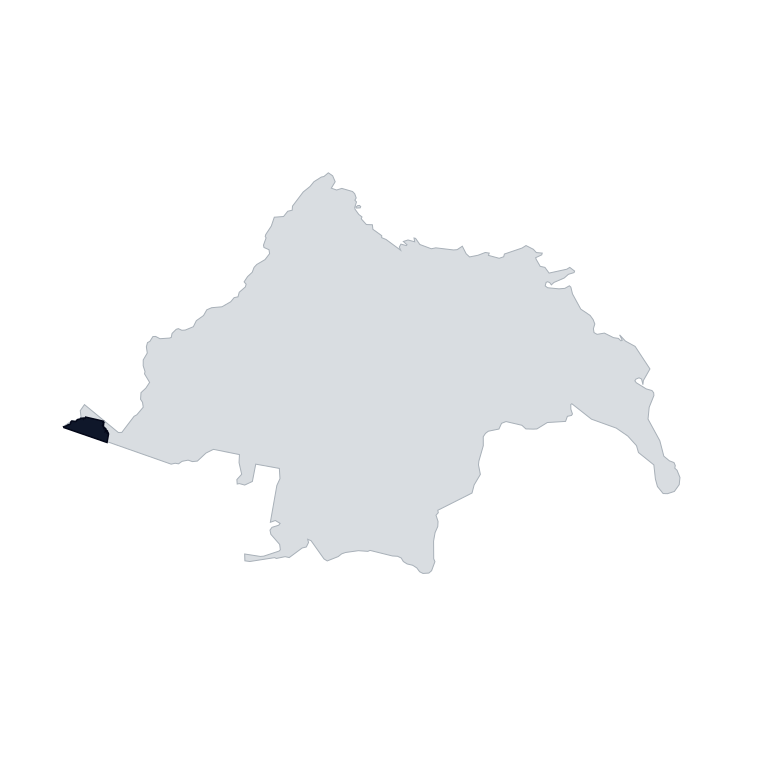 location of Leticia, Amazonas, Colombia, rotated 100°
{"feature_id": "7082276B43275073099169", "entity_name": "Leticia", "entity_type": "district", "adm_level": 2, "iso_a3": "COL", "parent_name": "Colombia", "parent_adm1": "Amazonas", "projection": "robinson", "projection_center": [-70.12, -3.618], "detail": "fine", "context": "in_parent", "style": "filled", "palette": "ink", "viewbox_px": 768, "rotation_deg": 100, "n_neighbors": 0, "source": "geoboundaries", "source_scale": "gbopen_adm2", "svg_char_len": 6713}
<svg xmlns="http://www.w3.org/2000/svg" viewBox="0 0 768 768"><g transform="rotate(100 384 384)"><path d="M437.5,96.9L430.5,100.2L416.8,104.2L407.3,121.5L400.9,124.6L392.9,134.9L387.1,147.6L382.6,173.6L370.8,195.6L371.8,196.5L376.4,195.6L380.8,193.2L382.4,193.9L384.0,197.8L389.3,198.7L393.6,216.5L401.7,225.6L402.5,229.1L403.6,236.5L400.7,241.0L399.8,257.3L402.3,261.4L408.4,263.0L412.4,273.1L415.0,275.5L418.7,277.1L427.5,275.5L443.6,277.2L447.3,276.9L456.3,273.4L467.7,277.7L476.1,278.4L499.0,309.1L501.3,308.2L504.2,310.0L510.0,306.9L515.0,306.3L521.5,307.9L530.1,307.9L547.5,304.7L550.1,303.0L559.6,304.7L562.4,307.0L563.8,312.7L562.7,316.3L559.4,319.8L557.5,324.4L557.2,330.0L555.5,334.1L552.4,336.8L551.3,340.7L551.9,345.8L550.3,368.9L551.6,370.8L552.6,380.3L556.6,392.6L558.6,396.2L561.9,399.1L568.1,409.2L566.7,412.7L551.0,428.6L550.2,432.2L553.2,430.8L558.0,432.2L559.7,436.1L571.4,447.2L571.2,451.4L574.5,459.7L574.0,461.6L582.1,485.3L582.3,490.3L575.6,491.7L575.3,475.8L574.4,472.5L566.8,458.4L565.2,457.3L560.1,458.9L551.7,469.3L547.7,470.9L544.6,469.4L541.4,463.2L539.3,462.1L537.3,467.3L539.9,471.9L502.5,471.9L495.3,470.0L485.3,472.4L485.2,496.4L502.8,496.7L507.7,503.6L507.2,509.2L508.0,511.2L503.7,512.3L497.6,508.5L486.6,513.1L478.6,514.1L478.0,540.7L482.9,547.3L492.3,554.4L493.7,559.2L493.0,563.7L495.2,569.4L498.3,572.5L498.3,575.9L499.9,579.7L481.4,692.2L474.9,685.3L472.5,679.1L469.3,676.6L463.0,678.5L456.3,675.4L477.9,637.2L477.2,633.8L459.2,624.5L457.3,622.1L448.7,617.1L444.0,618.6L441.3,621.1L434.7,621.8L429.4,617.8L423.1,615.1L415.6,621.6L413.3,621.5L407.9,624.3L402.1,625.3L394.6,622.5L388.6,624.5L384.3,624.1L382.7,622.0L377.4,619.8L376.8,617.2L378.3,612.5L376.0,603.2L375.1,601.6L371.0,601.5L366.2,598.1L365.2,596.1L366.2,592.4L365.4,589.1L360.7,581.7L354.2,579.8L347.9,573.6L341.7,571.4L338.8,567.0L336.1,557.0L329.6,549.2L325.0,546.6L323.5,542.9L318.8,542.5L312.5,537.4L309.7,537.1L307.7,539.5L301.9,537.0L296.9,533.2L291.7,532.2L288.3,530.0L282.2,522.8L275.5,519.3L271.7,520.6L270.4,525.9L268.2,526.8L260.6,525.5L259.3,526.6L257.3,526.4L248.0,522.4L238.8,521.0L236.5,512.0L230.6,508.8L228.8,504.6L224.7,505.0L208.9,496.9L202.4,491.2L196.9,488.1L191.1,481.7L190.1,479.2L185.7,475.5L187.9,470.7L193.3,467.2L200.3,469.9L201.2,464.4L198.7,459.5L199.9,448.4L201.7,445.9L205.6,443.7L208.0,444.6L209.5,442.7L215.3,443.5L217.0,442.8L221.4,438.3L223.3,434.7L225.3,435.1L230.0,429.1L229.2,423.1L233.6,421.8L238.3,412.0L240.3,411.7L241.3,407.1L249.4,390.8L246.5,392.7L243.3,391.6L243.8,386.1L242.9,385.5L240.3,389.7L238.0,385.4L238.6,378.5L235.0,379.8L235.1,378.2L240.4,372.9L242.6,360.9L240.9,356.6L239.9,338.7L239.0,335.3L234.7,330.8L241.5,325.7L244.0,321.8L240.9,313.8L236.9,307.1L236.8,303.1L239.2,303.5L240.2,292.4L237.9,288.2L235.1,288.0L226.1,271.6L223.0,268.2L225.4,260.3L228.1,256.8L227.6,250.9L229.4,251.1L233.3,256.6L234.8,255.8L241.0,250.6L241.2,245.8L246.1,240.7L239.2,223.9L236.9,221.3L239.7,215.9L241.3,216.2L244.0,221.5L248.3,224.9L254.5,234.3L257.3,236.4L255.3,238.5L254.9,240.7L255.8,242.0L259.4,242.3L260.8,239.6L259.9,228.2L258.4,222.5L255.1,218.5L256.2,216.8L262.6,214.0L276.1,203.2L280.7,192.9L284.3,189.2L288.3,186.8L293.1,187.4L296.9,186.1L298.1,182.8L295.6,175.8L298.5,166.0L298.4,161.1L300.3,158.2L299.6,157.0L294.7,160.5L299.8,153.7L303.4,143.2L323.0,124.7L335.6,129.2L339.7,128.9L334.4,131.2L333.6,133.9L335.4,136.7L337.3,137.5L339.0,135.7L343.3,124.9L343.9,119.0L345.8,116.9L348.5,116.2L360.9,118.8L372.7,117.9L392.0,102.5L406.5,95.9L410.1,89.6L411.0,84.8L413.7,83.0L416.4,83.0L418.1,80.4L424.7,76.3L431.9,75.8L439.4,79.4L442.8,85.8L443.4,90.1L437.5,96.9ZM215.5,441.6L214.6,442.4L212.9,440.9L212.4,439.1L213.4,437.7L214.7,438.1L215.5,441.6Z" fill="#d9dde1" stroke="#a8b0b8" stroke-width="1"/><path d="M470.3,676.5L470.9,676.8L471.2,677.1L471.4,677.2L471.5,677.5L471.8,678.6L472.0,679.1L472.2,679.6L472.7,680.0L473.1,680.3L473.3,680.4L474.1,680.6L474.3,680.8L474.5,681.3L474.6,681.7L474.7,682.4L474.7,683.0L474.6,683.4L474.6,683.8L474.6,684.7L474.6,685.0L474.9,685.3L475.2,685.5L475.6,685.7L476.0,685.8L476.4,685.8L477.1,685.8L477.4,685.8L478.2,686.4L478.5,686.8L478.9,687.8L479.2,688.3L479.8,688.7L480.1,689.2L480.2,689.3L480.4,689.6L480.7,690.1L480.9,690.5L481.1,690.7L481.3,690.7L481.6,691.1L481.8,691.5L481.8,691.8L481.8,692.0L482.2,691.8L482.2,691.7L482.4,691.6L482.5,691.6L489.7,646.6L481.0,646.6L480.9,646.7L480.9,646.8L480.7,647.0L480.3,647.0L480.2,647.1L480.3,647.3L480.3,647.5L480.5,647.5L480.6,647.8L480.6,648.0L480.4,648.2L480.2,648.0L480.2,647.9L480.0,648.0L479.9,648.0L479.8,647.9L479.8,647.7L479.7,647.6L479.6,647.8L479.5,648.0L479.4,648.1L479.3,647.9L479.1,647.9L479.0,648.0L478.9,648.1L478.7,648.1L478.6,648.3L478.4,648.3L478.4,648.6L478.5,648.6L478.6,648.8L478.7,649.0L478.8,649.0L478.8,649.4L479.0,649.6L479.1,649.8L478.9,649.7L478.7,649.6L478.8,649.8L478.8,650.0L478.7,650.0L478.5,649.7L478.4,649.7L478.4,649.9L478.3,650.2L478.3,650.3L478.2,650.3L478.2,650.2L478.0,650.3L477.9,650.3L477.7,650.1L477.4,650.2L477.2,650.2L477.1,649.8L476.9,649.9L476.9,650.0L476.7,650.0L476.6,650.4L476.4,650.4L476.3,650.5L476.5,650.6L476.4,650.7L476.4,650.8L476.2,650.9L476.2,651.0L476.4,651.1L476.3,651.3L476.2,651.3L476.2,651.2L475.9,651.2L475.9,651.3L476.0,651.4L475.9,651.4L475.8,651.5L475.7,651.6L475.5,651.8L475.7,652.0L475.4,652.0L475.2,652.2L475.2,652.3L475.3,652.3L475.4,652.2L475.5,652.2L475.5,652.3L475.5,652.5L475.4,652.5L475.2,652.7L475.1,652.4L475.1,652.5L474.9,652.6L475.0,652.7L475.0,652.8L474.9,652.9L474.8,653.1L474.7,653.1L474.9,652.9L474.8,652.7L474.7,652.8L474.4,652.9L474.2,652.9L474.1,653.0L474.2,653.3L474.1,653.5L473.9,653.8L473.7,653.6L473.5,653.9L473.4,653.8L473.5,653.6L473.4,653.6L473.3,653.8L473.2,653.8L473.2,653.7L473.3,653.6L473.2,653.6L473.1,653.4L472.9,653.6L473.0,653.4L472.9,653.2L472.7,653.3L472.6,653.5L472.6,653.4L472.7,653.2L472.4,653.1L472.2,653.1L471.8,653.2L471.7,653.2L471.7,653.3L471.4,653.5L471.2,653.6L471.3,653.6L471.1,653.8L471.0,653.7L470.9,653.8L470.8,653.7L470.7,653.5L470.6,653.8L470.5,653.7L470.4,653.7L470.2,653.8L470.3,653.9L470.3,654.0L470.2,654.1L470.1,653.9L470.1,654.0L469.9,654.2L470.0,654.0L469.8,653.9L469.7,653.8L469.4,653.7L469.0,659.8L468.4,672.0L468.5,672.0L468.5,671.9L468.6,672.0L468.8,672.1L468.9,672.3L469.0,672.4L469.1,672.5L469.3,672.7L469.4,672.8L469.5,672.8L469.6,673.0L469.7,672.9L469.7,673.0L469.8,673.0L469.9,673.3L470.0,673.4L469.9,673.6L470.0,673.6L470.1,673.8L470.1,674.0L470.3,674.0L470.2,674.1L470.3,674.3L470.3,674.2L470.3,674.5L470.4,674.4L470.4,674.5L470.2,674.6L470.2,674.8L470.1,675.0L470.3,675.1L470.4,675.3L470.4,675.5L470.3,675.4L470.2,675.5L470.3,675.6L470.3,675.8L470.4,676.1L470.3,676.3L470.3,676.5Z" fill="#0f172a" stroke="#020617" stroke-width="1.5"/></g></svg>